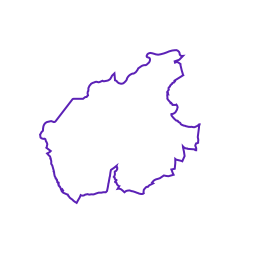 the district of Garleni, Bacau, Romania, rotated 310°
{"feature_id": "2599482B15530605072103", "entity_name": "Garleni", "entity_type": "district", "adm_level": 2, "iso_a3": "ROU", "parent_name": "Romania", "parent_adm1": "Bacau", "projection": "robinson", "projection_center": [26.781, 46.656], "detail": "fine", "context": "isolated", "style": "outline", "palette": "violet", "viewbox_px": 256, "rotation_deg": 310, "n_neighbors": 0, "source": "geoboundaries", "source_scale": "gbopen_adm2", "svg_char_len": 5735}
<svg xmlns="http://www.w3.org/2000/svg" viewBox="0 0 256 256"><g transform="rotate(310 128 128)"><path d="M218.6,123.8L217.7,122.9L217.3,121.9L217.5,120.5L218.6,119.2L219.1,118.2L219.2,116.4L218.8,115.1L217.6,113.8L215.8,112.1L213.2,110.3L210.7,109.0L208.3,107.6L205.6,105.7L204.0,104.4L203.5,103.9L202.3,102.0L201.8,100.7L200.8,98.5L199.8,96.8L199.0,96.2L198.0,95.7L197.1,95.5L196.0,95.7L195.1,96.0L194.7,96.6L194.6,97.1L194.8,97.6L195.3,98.8L195.4,99.6L195.0,100.4L194.3,101.1L193.1,101.7L191.8,102.0L190.3,101.8L188.7,101.6L187.6,101.2L187.0,100.5L186.3,99.8L185.0,98.9L183.9,98.5L180.2,97.5L178.8,97.9L176.2,98.1L175.4,98.0L173.7,97.5L173.2,97.2L172.6,96.5L171.7,96.0L170.1,95.4L168.6,95.1L167.1,95.1L165.7,95.3L165.0,95.5L164.4,95.9L163.8,96.0L162.3,96.1L160.3,95.9L159.1,95.6L158.1,94.9L157.5,94.3L157.0,93.4L156.8,92.8L156.4,92.0L156.4,90.1L156.7,88.9L156.2,87.4L161.1,82.5L158.3,82.2L157.4,82.2L156.5,82.5L154.0,82.9L151.9,82.3L150.5,81.4L150.0,80.9L149.1,80.2L148.4,79.6L147.9,78.9L147.9,78.5L147.8,78.1L147.0,77.7L145.3,76.9L144.2,76.2L144.0,75.9L143.3,74.4L143.0,74.0L142.6,73.6L142.0,73.2L141.0,72.7L139.9,72.0L139.2,71.7L138.1,71.3L137.2,71.4L135.9,71.3L133.2,72.0L132.6,72.4L131.8,73.2L131.2,73.4L130.8,73.8L129.9,73.9L128.6,74.7L127.3,76.4L126.2,76.2L125.9,76.4L125.1,76.3L124.6,75.7L124.0,75.3L121.5,74.8L115.8,68.0L115.2,67.4L114.9,67.2L114.4,67.0L86.6,68.2L85.9,68.1L85.3,67.8L84.9,67.4L83.9,64.7L80.9,62.4L80.3,62.0L78.8,61.5L77.1,61.5L75.8,61.8L74.8,62.2L72.8,63.4L71.7,64.3L71.3,64.4L71.0,64.6L69.2,64.4L67.4,64.8L66.4,64.9L66.1,65.3L64.5,67.1L64.5,68.3L64.9,69.4L65.4,70.3L66.2,71.0L66.2,71.3L66.3,71.8L66.1,72.2L65.2,73.5L64.9,74.2L64.8,74.8L64.0,76.2L63.6,76.7L61.8,77.6L61.3,78.0L60.8,78.2L60.4,78.2L60.7,83.6L59.5,83.5L58.1,83.1L56.5,82.4L56.1,85.1L56.1,86.5L54.9,88.4L54.6,88.3L54.0,89.6L53.2,90.6L51.2,92.2L51.1,92.5L50.7,93.8L50.6,94.1L47.6,98.5L47.1,99.1L46.8,99.1L46.7,99.7L45.5,100.9L44.0,102.8L43.7,103.6L43.3,104.7L43.0,104.8L42.8,105.1L42.9,105.8L42.4,106.7L42.6,106.9L42.5,107.1L41.9,107.7L41.7,108.1L41.1,108.6L41.2,109.0L41.2,109.4L41.3,109.5L40.8,109.9L40.3,110.6L40.7,110.7L40.2,111.1L39.9,111.6L39.3,112.0L39.3,112.4L39.2,112.8L39.1,113.3L39.3,113.5L38.8,114.5L38.5,115.4L37.9,116.0L37.6,116.8L38.8,117.0L38.3,118.6L37.0,118.4L37.0,118.7L36.8,119.0L36.8,120.0L37.3,121.8L37.6,122.7L37.8,123.7L38.3,124.6L38.0,125.3L37.8,125.5L37.6,126.1L37.7,126.5L37.2,127.9L37.2,129.2L37.4,131.6L37.2,132.9L37.3,134.6L37.6,136.8L38.7,136.6L39.8,136.3L42.2,135.9L43.9,135.6L46.2,134.9L46.3,135.5L46.6,136.1L47.3,137.0L48.5,137.8L49.4,138.0L49.7,138.2L50.1,138.6L51.3,139.5L51.8,140.7L52.0,141.0L52.3,141.4L53.6,142.5L54.7,144.0L55.3,144.5L56.1,145.0L56.7,145.3L59.5,147.0L61.5,149.3L62.7,150.2L63.4,150.9L64.2,152.0L64.6,152.3L66.3,152.4L67.8,151.6L69.5,150.7L70.9,149.9L73.0,148.6L73.6,148.4L74.4,147.9L78.6,145.5L79.4,145.2L82.5,143.2L84.7,142.0L85.1,141.9L86.7,142.4L88.5,142.9L91.5,143.5L91.2,143.6L91.1,143.9L91.1,144.5L90.4,145.0L90.3,145.3L90.4,145.5L89.8,146.0L89.5,146.2L87.7,146.5L87.4,146.4L86.6,146.0L85.9,146.0L84.2,147.7L82.9,148.3L82.4,148.5L81.5,148.6L81.4,148.6L81.3,149.9L80.9,150.3L80.6,150.5L80.5,151.3L80.5,151.7L80.8,152.5L80.7,152.7L80.5,152.8L79.3,152.6L78.6,152.6L78.3,152.9L78.3,153.2L78.7,153.9L78.7,154.1L77.7,156.0L77.6,156.5L77.6,157.5L77.5,158.4L77.7,158.7L74.8,159.2L75.8,160.0L76.0,160.4L76.2,161.1L76.5,161.7L76.6,162.5L76.6,164.7L76.5,166.6L78.4,167.0L79.5,167.7L81.1,169.2L81.7,170.6L81.9,171.3L82.1,171.5L82.8,172.8L83.3,174.1L83.5,174.6L84.2,176.7L84.5,177.2L84.8,178.4L85.2,179.3L85.5,179.7L85.6,180.0L85.8,180.4L86.7,181.4L87.3,181.8L88.2,182.0L88.7,181.2L90.7,179.9L91.4,179.8L92.0,179.8L94.4,179.9L95.1,180.3L95.4,180.8L95.8,181.1L96.9,181.0L98.2,181.3L100.6,182.4L101.8,182.9L101.7,181.5L103.9,181.5L105.2,181.8L106.7,182.5L108.6,183.8L110.1,184.7L114.7,186.0L115.6,187.7L116.4,189.0L117.1,190.0L121.5,193.0L122.3,191.2L122.9,190.1L123.6,188.9L124.1,187.9L126.8,190.0L131.5,186.8L134.7,184.1L134.7,185.0L134.8,185.4L137.1,190.0L137.4,191.0L140.4,190.1L142.9,189.4L145.9,186.0L148.6,182.5L149.2,181.9L149.1,182.5L149.1,183.4L149.4,185.1L149.8,185.9L150.3,186.3L150.3,186.8L150.5,187.3L154.7,193.1L154.6,193.3L154.3,193.5L154.3,193.8L154.8,194.5L156.1,193.5L156.5,193.0L156.9,192.5L157.3,191.5L157.7,190.9L158.8,190.4L160.0,190.1L161.3,191.1L161.8,191.2L162.3,190.7L163.7,189.8L164.7,188.8L165.6,187.6L166.0,187.2L174.1,182.0L175.1,181.2L176.8,180.5L176.6,180.2L176.2,180.1L175.6,180.1L174.0,179.7L172.5,179.0L171.5,178.5L170.9,177.9L170.4,177.1L169.7,175.8L169.0,175.2L168.6,174.6L168.0,173.9L167.8,173.6L167.6,173.1L167.3,172.6L166.8,171.5L166.7,171.3L166.5,171.0L166.4,170.4L165.5,168.8L165.4,168.4L165.4,168.1L165.1,167.5L164.9,166.2L165.0,165.6L165.4,164.9L165.4,164.3L165.4,163.9L165.1,163.2L165.1,162.3L165.2,162.0L165.4,161.8L165.4,161.3L165.3,161.1L165.2,161.1L164.9,160.5L164.7,160.2L164.7,159.9L164.8,157.4L165.0,156.5L165.0,155.8L165.2,155.0L165.5,153.5L166.0,152.7L166.6,152.3L167.3,153.0L168.2,153.6L169.8,154.1L170.7,154.2L173.6,153.7L175.0,153.0L175.8,152.7L176.4,151.8L176.7,151.2L177.0,150.0L176.5,149.9L174.3,147.3L174.7,146.8L174.7,145.9L174.9,145.2L174.7,145.0L174.8,144.8L175.0,144.7L174.9,144.5L174.5,144.4L174.9,143.7L175.3,140.8L175.7,139.7L175.7,139.3L176.5,138.8L178.5,136.8L179.0,136.7L179.4,137.1L179.6,136.2L180.4,136.3L180.6,136.1L180.7,134.9L182.9,134.7L183.0,134.6L183.6,134.6L184.0,133.9L185.1,133.2L186.8,133.5L187.7,133.0L188.6,133.2L189.3,133.1L190.0,133.4L190.9,133.1L191.8,133.5L192.2,133.9L193.2,133.7L193.8,134.0L194.2,133.2L204.0,136.4L204.3,135.6L204.8,135.0L206.6,132.2L210.1,127.5L210.7,127.2L210.7,126.2L210.3,123.1L208.3,122.0L209.1,120.9L213.2,123.4L218.6,123.8Z" fill="none" stroke="#5b21b6" stroke-width="2"/></g></svg>